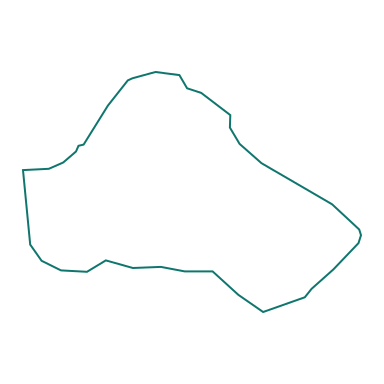 the district of Santa Catarina Barahona, Sacatepéquez, Guatemala
{"feature_id": "79465075B35254467846514", "entity_name": "Santa Catarina Barahona", "entity_type": "district", "adm_level": 2, "iso_a3": "GTM", "parent_name": "Guatemala", "parent_adm1": "Sacatepéquez", "projection": "robinson", "projection_center": [-90.807, 14.557], "detail": "fine", "context": "isolated", "style": "outline", "palette": "teal", "viewbox_px": 384, "rotation_deg": 0, "n_neighbors": 0, "source": "geoboundaries", "source_scale": "gbopen_adm2", "svg_char_len": 554}
<svg xmlns="http://www.w3.org/2000/svg" viewBox="0 0 384 384"><path d="M23.0,170.1L30.2,244.6L41.6,260.8L61.0,270.4L87.0,271.8L105.8,260.4L132.9,268.0L160.9,266.9L184.7,271.4L212.6,271.4L238.3,294.8L263.1,312.0L293.7,301.2L304.8,297.3L311.6,288.8L333.4,269.4L358.5,243.1L361.0,235.2L359.2,229.5L332.1,204.3L261.5,163.2L239.6,143.9L229.9,127.6L230.3,115.1L201.2,92.9L187.1,88.3L179.4,75.1L155.4,72.0L132.4,78.3L127.8,80.4L107.9,105.6L83.6,144.6L78.5,145.8L76.0,151.5L63.2,162.5L48.8,168.8L23.0,170.1Z" fill="none" stroke="#0f766e" stroke-width="2"/></svg>